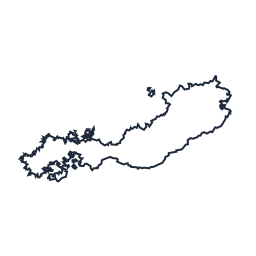 outline of Lalmonirhat, Bangladesh, rotated 291°
{"feature_id": "16705992B84214314165922", "entity_name": "Lalmonirhat", "entity_type": "district", "adm_level": 2, "iso_a3": "BGD", "parent_name": "Bangladesh", "parent_adm1": "", "projection": "mercator", "projection_center": [89.252, 26.122], "detail": "fine", "context": "isolated", "style": "outline", "palette": "slate", "viewbox_px": 256, "rotation_deg": 291, "n_neighbors": 0, "source": "geoboundaries", "source_scale": "gbopen_adm2", "svg_char_len": 5609}
<svg xmlns="http://www.w3.org/2000/svg" viewBox="0 0 256 256"><g transform="rotate(291 128 128)"><path d="M186.3,161.3L181.6,161.0L178.2,158.5L173.4,157.1L175.0,152.5L174.7,150.3L172.5,148.1L171.4,149.5L168.6,149.6L167.6,153.3L164.7,154.5L165.5,157.1L165.1,158.7L160.2,157.4L160.0,158.2L157.2,158.5L155.7,157.4L154.5,157.8L153.5,157.1L154.7,156.3L152.5,156.5L151.9,154.7L151.2,155.3L152.2,154.4L149.9,153.1L149.1,150.9L146.7,150.7L143.0,147.2L142.1,148.5L137.1,147.5L138.6,145.7L138.4,143.1L136.0,144.7L132.0,143.5L132.6,139.3L135.0,136.0L131.4,136.3L131.4,133.7L129.0,132.5L128.4,131.2L129.1,130.5L127.0,130.5L126.0,129.6L126.1,127.6L122.4,126.8L121.8,127.5L119.7,126.2L117.4,127.7L113.4,125.5L111.1,126.0L109.4,123.4L108.4,123.7L106.7,118.5L108.8,117.2L106.9,115.3L104.9,115.5L105.0,113.8L103.4,112.4L104.5,107.8L106.9,105.0L105.2,103.5L104.9,97.8L103.3,97.4L103.6,96.4L102.8,96.8L102.3,94.4L99.9,93.3L101.2,90.4L97.3,87.3L96.6,87.7L96.6,85.7L95.2,86.2L95.7,83.7L96.8,82.9L95.9,82.4L96.9,80.9L95.0,79.6L96.3,76.5L100.4,84.0L101.0,82.3L102.9,81.0L101.7,80.3L102.6,80.5L102.4,79.3L101.2,79.3L103.7,78.7L103.5,77.2L102.2,77.2L103.7,76.8L103.8,75.3L101.9,75.7L101.0,75.1L102.0,74.7L100.8,74.8L98.2,75.8L97.5,74.0L95.3,74.5L94.4,72.9L93.2,75.3L91.3,74.8L95.5,71.0L94.6,70.1L94.6,67.4L93.5,66.6L94.7,65.0L90.3,63.9L90.3,62.9L92.4,63.2L92.7,57.9L94.1,56.3L93.6,55.7L90.7,56.6L92.0,55.3L91.4,54.5L89.2,55.1L88.9,56.4L89.1,55.1L87.3,54.0L86.6,54.9L86.3,53.8L85.1,55.3L80.7,54.0L80.2,55.3L79.2,55.2L78.4,52.2L75.9,52.9L76.7,51.8L76.4,50.3L72.9,50.6L72.6,48.3L69.7,47.9L70.9,50.5L69.8,50.6L69.5,49.0L67.2,48.4L66.6,47.3L67.4,46.2L66.1,44.4L67.1,43.9L67.2,41.6L66.1,41.7L66.3,40.8L65.4,41.6L65.3,40.7L63.2,40.3L63.0,38.7L60.7,38.0L61.6,40.1L62.9,40.2L61.8,41.1L59.5,40.1L59.7,41.1L58.4,41.2L59.0,42.5L58.5,43.5L59.6,44.7L58.2,45.3L58.0,47.2L53.6,45.5L53.5,46.6L55.4,46.9L52.8,47.8L53.4,49.6L54.8,50.2L53.7,52.2L48.3,51.9L49.7,53.8L51.1,53.1L51.6,53.8L51.3,58.1L49.5,59.3L52.4,60.1L49.8,61.8L50.2,63.1L52.5,63.6L51.7,64.7L53.5,63.4L56.1,65.6L58.5,65.8L59.4,63.0L61.3,64.2L61.2,65.4L59.0,66.7L58.4,69.0L60.0,68.4L61.4,69.1L59.7,69.3L60.7,72.7L61.7,72.7L61.5,71.1L62.5,70.4L61.5,67.9L62.0,66.7L62.8,67.7L64.7,66.9L65.8,68.2L67.7,67.4L68.2,67.9L68.8,70.4L66.9,69.8L67.6,71.7L69.5,71.4L71.5,72.8L70.7,74.8L69.2,74.7L70.5,76.3L70.0,77.2L67.7,75.9L67.1,78.0L67.6,80.6L69.4,80.5L70.0,81.6L70.6,80.8L70.2,83.3L71.2,83.2L72.8,79.5L75.3,83.5L76.0,82.4L74.6,80.6L76.3,78.3L77.5,79.0L75.9,83.4L79.7,85.2L81.0,84.5L80.2,85.4L80.8,87.0L82.0,87.3L81.6,86.2L82.7,86.1L83.3,83.9L82.7,83.8L82.5,85.3L82.3,83.7L81.3,83.4L82.3,81.9L85.2,82.5L85.0,84.5L86.1,86.6L84.2,87.0L86.3,88.7L85.6,89.3L86.1,93.1L83.7,92.4L82.8,94.1L83.3,96.3L80.2,95.2L79.4,95.9L79.1,94.9L77.8,94.7L77.8,95.6L76.4,95.4L75.5,96.8L76.5,100.0L79.2,100.8L79.9,102.0L78.9,106.8L76.9,107.8L75.8,109.7L78.0,110.3L79.2,113.1L80.2,112.2L79.6,113.1L80.1,114.2L82.6,114.0L84.9,115.9L88.7,115.2L94.6,121.6L94.4,124.3L95.5,128.6L94.8,129.8L92.8,129.9L92.5,134.1L92.5,137.0L95.0,140.3L93.2,141.9L93.8,143.8L92.8,144.7L94.6,151.0L93.6,151.7L95.5,153.4L95.5,155.8L96.6,156.9L98.1,162.3L99.8,163.3L100.8,165.6L107.9,172.6L112.5,173.7L114.2,173.2L117.1,175.9L119.2,175.1L123.3,181.8L124.4,181.1L127.3,185.9L133.1,187.9L134.4,189.8L138.0,188.1L140.9,189.9L141.2,192.4L144.3,196.0L146.1,196.6L146.9,198.4L149.6,198.7L151.3,200.4L151.2,203.8L154.3,206.3L154.3,208.2L159.8,209.1L160.0,211.1L163.4,214.3L171.4,215.8L173.9,215.1L173.9,216.9L178.0,217.2L178.2,218.0L179.0,217.0L180.1,218.0L181.4,216.6L181.1,210.5L184.0,210.4L183.3,209.9L183.8,209.3L183.7,208.8L182.7,209.2L181.9,207.7L180.2,208.4L180.3,209.4L179.2,209.1L180.0,207.1L182.1,205.9L183.7,207.2L184.7,206.7L185.4,204.5L186.7,204.7L187.3,208.0L188.4,209.3L188.0,210.3L190.0,210.3L188.9,211.4L195.3,212.3L195.8,209.9L194.7,209.5L194.8,208.4L195.6,208.3L196.1,210.0L197.8,210.0L199.3,207.4L199.5,203.4L198.8,202.9L198.8,198.1L197.9,196.4L198.6,195.6L203.3,197.4L203.8,193.3L207.7,191.8L207.7,191.1L201.8,190.2L201.4,188.1L198.8,187.2L197.8,183.1L194.9,182.6L195.0,180.3L193.1,178.3L193.5,175.5L190.0,172.8L191.7,171.5L191.6,170.2L190.5,169.6L191.3,169.3L191.0,168.6L188.5,170.6L186.5,170.8L184.2,167.0L186.4,163.2L186.3,161.3ZM77.4,96.0L76.7,96.5L76.5,96.0L77.4,96.0ZM54.0,71.3L52.4,71.3L53.0,73.4L51.7,73.9L54.7,78.7L53.0,81.3L53.4,82.3L57.7,84.3L60.3,87.5L65.5,86.6L65.3,85.0L66.8,85.2L67.3,80.8L66.4,80.4L65.4,82.0L61.9,82.1L62.6,79.6L60.1,79.8L60.8,78.3L59.1,75.8L56.3,77.3L55.8,75.0L57.4,74.5L57.3,72.5L56.5,71.4L54.0,72.3L54.0,71.3ZM106.5,90.8L103.7,88.4L103.1,90.9L104.2,93.8L106.0,94.7L105.3,96.2L108.6,97.3L108.6,95.5L107.7,95.2L109.4,93.9L110.2,96.9L109.0,98.2L112.1,96.7L111.0,93.6L112.0,92.6L111.3,91.6L112.8,92.2L112.2,90.4L111.4,91.2L110.4,89.6L107.9,89.8L107.2,94.1L106.8,92.7L104.7,92.7L104.7,90.8L106.5,90.8ZM171.7,137.1L166.4,135.5L165.8,138.5L168.7,139.7L170.0,138.8L169.6,140.1L171.9,139.1L171.3,138.9L171.7,137.1ZM74.7,90.3L72.3,89.9L72.2,92.6L72.2,90.4L71.5,90.6L71.0,93.3L72.6,94.1L74.7,90.3ZM77.9,87.8L76.6,88.4L76.9,89.7L79.1,92.4L80.0,90.3L77.9,87.8ZM172.4,132.4L170.5,132.7L170.3,134.2L173.3,134.4L172.4,132.4ZM71.3,86.7L72.0,85.7L71.3,85.1L69.5,86.0L71.3,86.7ZM99.6,85.7L98.2,84.8L98.0,87.1L99.6,85.7ZM116.0,95.9L113.7,95.5L114.3,96.9L116.0,95.9ZM84.6,53.6L85.4,52.9L84.2,52.0L84.6,53.6ZM57.5,66.7L56.4,66.1L56.5,67.1L57.5,66.7ZM88.5,53.7L89.2,53.5L89.2,52.6L88.5,53.7ZM102.5,81.6L103.5,81.8L103.4,81.3L102.5,81.6ZM87.0,53.5L87.6,52.9L87.3,52.4L87.0,53.5ZM106.3,80.3L106.2,79.5L105.6,80.2L106.3,80.3ZM102.7,82.7L102.2,82.9L102.7,83.1L102.7,82.7Z" fill="none" stroke="#1e293b" stroke-width="2"/></g></svg>